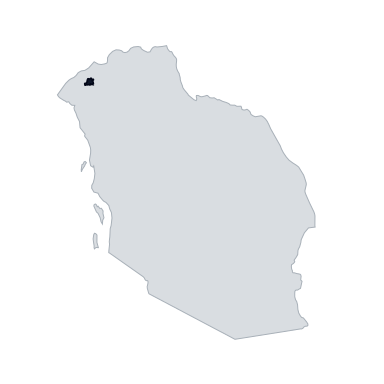 location of Masasi Township Authority, Mtwara, United Republic of Tanzania, rotated 171°
{"feature_id": "72390352B27431607141265", "entity_name": "Masasi Township Authority", "entity_type": "district", "adm_level": 2, "iso_a3": "TZA", "parent_name": "United Republic of Tanzania", "parent_adm1": "Mtwara", "projection": "equal_earth", "projection_center": [38.869, -10.751], "detail": "fine", "context": "in_parent", "style": "filled", "palette": "ink", "viewbox_px": 384, "rotation_deg": 171, "n_neighbors": 0, "source": "geoboundaries", "source_scale": "gbopen_adm2", "svg_char_len": 5649}
<svg xmlns="http://www.w3.org/2000/svg" viewBox="0 0 384 384"><g transform="rotate(171 192 192)"><path d="M150.9,279.1L147.5,276.7L144.4,275.2L141.8,273.6L140.7,272.0L138.3,271.4L136.2,271.1L134.3,269.6L130.3,269.1L129.9,268.1L129.8,265.9L129.1,265.3L127.7,264.8L126.1,264.8L125.2,265.1L124.6,265.0L123.3,263.7L122.1,262.0L121.6,259.4L119.8,257.7L117.7,256.4L112.0,256.5L111.1,256.1L109.7,254.8L108.0,252.6L106.7,250.1L105.6,246.7L104.4,242.1L97.6,223.8L96.9,220.4L95.6,216.5L93.4,211.8L91.2,208.3L88.1,205.1L84.6,202.0L82.7,199.9L79.1,191.2L78.4,187.2L77.8,183.0L78.0,181.3L80.2,175.9L80.4,174.4L80.1,172.4L79.0,168.1L77.6,162.8L74.7,153.3L74.3,150.9L74.3,149.1L75.9,139.5L75.9,138.1L82.6,138.3L87.4,134.1L91.6,127.8L92.4,125.1L94.2,121.1L95.8,119.0L96.5,117.6L97.4,113.6L99.7,110.8L101.8,108.7L101.4,107.2L101.7,106.7L102.9,105.6L105.1,104.6L105.6,102.5L105.6,100.1L105.2,98.8L105.3,97.2L104.9,96.4L103.4,96.1L101.2,95.0L99.3,94.4L98.0,93.8L97.6,93.2L97.4,91.8L98.4,88.1L97.3,86.6L99.7,80.4L100.1,79.7L100.9,79.6L102.3,78.9L103.5,78.6L104.5,78.9L105.2,78.6L105.9,77.9L106.4,75.8L106.9,72.4L106.6,69.5L105.7,67.3L105.4,64.0L105.8,59.5L105.5,55.8L104.4,52.8L103.4,51.0L101.7,50.2L99.1,45.7L98.2,43.5L98.4,42.1L99.3,41.5L101.0,41.7L102.5,41.2L104.0,39.9L105.4,39.6L106.2,39.8L172.6,39.8L250.3,98.1L250.6,98.8L251.2,103.8L251.1,105.5L249.9,108.4L249.5,109.9L249.5,111.0L249.8,111.4L250.8,111.5L251.7,112.2L252.0,112.8L252.7,114.9L253.5,116.0L283.0,144.6L283.7,145.1L283.2,147.4L281.6,153.3L281.5,155.7L280.8,158.5L280.2,160.4L278.5,168.6L277.1,171.6L275.1,178.8L274.8,184.3L275.9,188.1L276.3,191.7L278.6,195.2L280.4,196.5L281.6,198.1L283.8,201.8L285.0,205.5L288.9,207.3L290.5,211.4L289.9,214.3L288.1,216.6L286.4,220.5L285.0,225.5L285.0,233.1L285.9,232.0L288.0,233.8L288.3,239.5L286.1,246.1L285.5,249.1L285.4,251.8L286.9,259.6L289.2,263.6L289.1,264.9L288.5,265.9L292.5,273.0L292.1,279.2L293.6,283.9L294.3,288.1L295.3,291.3L295.4,293.5L294.2,295.9L297.1,296.5L298.8,298.5L299.6,300.4L301.7,300.3L302.9,301.6L304.5,302.7L308.1,305.9L309.1,307.5L309.7,309.0L299.7,319.1L296.1,321.7L293.5,322.9L290.8,323.6L288.2,325.2L285.7,327.7L282.5,328.9L278.7,328.9L274.6,330.7L268.3,335.9L264.6,333.0L261.7,332.1L258.3,332.2L256.3,332.5L255.5,333.1L254.9,334.9L254.4,337.8L252.2,340.6L248.4,343.3L244.8,344.3L241.6,343.6L239.4,342.5L238.2,340.9L236.5,340.2L234.3,340.3L232.2,341.4L230.1,343.5L226.9,344.4L222.4,344.1L220.0,343.1L219.7,341.4L217.7,339.4L214.1,337.0L211.5,337.0L209.8,339.2L208.3,340.6L206.9,341.2L205.6,341.3L203.8,340.7L198.8,340.4L194.2,340.5L193.7,337.3L192.7,335.3L191.8,334.1L190.2,333.8L189.8,332.9L189.2,330.9L188.4,329.2L187.4,327.8L186.7,326.5L186.5,325.2L186.7,323.9L187.6,320.6L187.9,318.3L187.8,316.0L187.2,313.6L186.1,310.8L186.2,309.9L185.9,308.0L185.8,306.6L186.0,304.9L185.8,302.7L184.8,298.0L184.8,296.7L183.8,294.4L180.6,289.0L180.5,288.3L175.6,282.8L173.6,281.6L172.9,282.6L172.7,283.6L172.9,285.3L172.7,286.2L172.5,286.6L171.4,286.5L170.7,286.3L168.8,284.9L167.4,284.5L163.8,284.8L162.5,285.1L161.5,284.8L159.6,282.3L157.4,281.7L155.4,281.6L152.1,278.8L150.9,279.1ZM289.5,187.3L291.1,193.3L290.9,194.5L289.7,195.2L289.1,195.2L288.4,194.2L287.9,192.2L287.0,192.7L285.6,190.2L284.1,190.1L282.8,187.2L283.3,184.7L283.0,180.3L284.6,178.1L285.5,174.4L286.5,176.9L286.7,180.9L288.1,185.6L289.5,187.3ZM297.3,151.1L297.4,152.6L297.1,153.9L297.1,158.2L297.0,161.1L295.8,165.1L294.8,166.5L293.9,166.1L293.2,165.4L292.6,164.3L293.8,157.1L293.2,151.7L295.5,152.2L297.3,151.1ZM294.0,238.5L292.8,238.9L292.4,238.5L291.7,237.4L292.9,236.3L294.1,234.4L296.8,231.5L298.1,229.2L297.9,231.4L296.4,236.3L295.0,236.7L294.0,238.5Z" fill="#d9dde1" stroke="#a8b0b8" stroke-width="1"/><path d="M281.1,315.7L281.1,315.4L281.1,315.1L281.1,314.9L281.0,314.6L281.0,314.4L280.9,314.3L280.9,314.2L280.7,314.2L280.3,314.1L280.2,314.2L279.9,314.2L279.8,314.3L279.7,314.4L279.4,314.4L279.1,314.4L278.9,314.4L278.7,314.4L278.4,314.3L278.3,314.1L278.2,314.0L277.9,314.1L277.7,314.2L277.4,314.2L277.2,314.1L276.9,314.1L276.7,314.1L276.6,313.9L276.4,313.7L276.2,313.6L275.9,313.7L275.7,313.7L275.4,313.7L275.4,314.2L275.5,314.4L275.5,314.5L275.5,314.8L275.4,314.8L275.0,314.7L274.9,314.7L274.7,314.6L274.6,314.4L274.4,314.2L274.2,314.0L274.1,313.9L273.8,313.8L273.6,313.7L273.4,313.6L273.1,313.5L273.2,313.8L273.2,314.0L273.3,314.2L273.3,314.4L273.3,314.5L273.2,314.6L272.9,314.5L272.7,314.5L272.4,314.5L272.4,314.8L272.4,315.0L272.4,315.4L272.4,315.5L272.4,315.9L272.5,316.1L272.6,316.5L272.7,316.8L272.7,317.0L272.8,317.1L272.7,317.1L272.5,317.3L272.4,317.4L272.3,317.5L272.3,317.8L272.2,317.9L272.2,318.0L272.2,318.4L271.8,318.4L271.7,318.4L271.7,318.5L271.8,318.8L272.0,318.9L272.3,318.9L272.5,318.9L272.8,318.9L273.0,318.8L273.0,318.7L273.3,318.8L273.3,319.0L273.5,319.2L273.5,319.3L273.8,319.4L273.8,319.5L273.8,319.8L273.7,319.9L273.7,320.0L273.6,320.3L273.6,320.6L273.7,320.4L273.8,320.4L274.0,320.3L274.0,320.2L274.3,320.0L274.4,319.9L274.5,319.9L274.8,319.8L274.8,319.7L275.0,319.7L275.3,319.4L275.5,319.3L275.7,319.2L275.8,319.1L276.0,319.2L276.1,319.4L276.1,319.5L276.3,319.7L276.3,319.8L276.3,320.0L276.5,320.0L276.8,320.2L277.0,320.2L277.3,320.0L277.3,319.9L277.5,319.7L277.6,319.4L277.7,319.2L277.8,319.2L278.0,318.9L278.1,318.7L278.1,318.4L277.9,318.2L277.9,317.9L278.0,317.7L278.0,317.4L277.9,317.2L278.0,317.1L278.4,317.1L278.5,317.1L278.8,317.1L278.9,316.9L279.0,316.8L279.0,316.7L279.0,316.4L279.1,316.2L279.2,315.9L279.2,316.0L279.3,316.0L279.3,315.9L279.5,315.9L279.6,316.0L279.8,315.9L279.9,316.0L280.1,316.0L280.3,316.0L280.5,316.0L280.8,316.1L281.0,315.9L281.1,315.7L281.1,315.7Z" fill="#0f172a" stroke="#020617" stroke-width="1.5"/></g></svg>